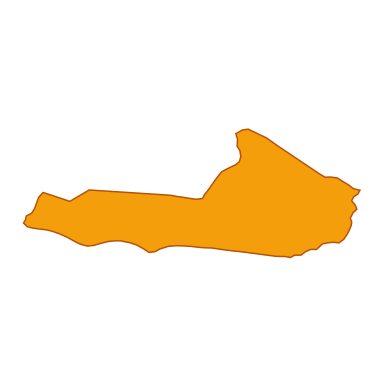 Pitimbu, Paraíba, Brazil, rotated 91°
{"feature_id": "56859067B97303044922384", "entity_name": "Pitimbu", "entity_type": "district", "adm_level": 2, "iso_a3": "BRA", "parent_name": "Brazil", "parent_adm1": "Paraíba", "projection": "equal_earth", "projection_center": [-34.838, -7.446], "detail": "fine", "context": "isolated", "style": "filled", "palette": "amber", "viewbox_px": 384, "rotation_deg": 91, "n_neighbors": 0, "source": "geoboundaries", "source_scale": "gbopen_adm2", "svg_char_len": 1435}
<svg xmlns="http://www.w3.org/2000/svg" viewBox="0 0 384 384"><g transform="rotate(91 192 192)"><path d="M194.3,179.4L198.3,181.3L199.2,187.5L198.3,195.1L197.5,200.4L196.7,207.2L195.7,212.9L195.4,218.3L192.7,275.1L191.8,294.9L203.5,314.0L197.2,334.0L195.1,340.9L200.0,345.2L211.8,349.3L216.1,352.0L218.9,357.3L222.5,357.9L226.0,359.9L229.6,356.0L230.9,350.5L231.8,342.7L232.4,336.7L233.7,331.1L236.1,323.8L239.2,316.5L243.3,308.7L246.0,303.1L247.9,295.7L247.1,289.1L244.9,282.3L242.8,274.2L242.2,268.4L242.1,262.6L243.8,253.2L246.0,246.3L249.1,240.4L253.2,233.8L252.2,227.6L249.6,223.3L246.8,214.9L246.0,207.2L246.0,199.8L246.5,191.3L247.3,182.9L247.6,177.7L247.6,171.8L248.3,166.0L249.1,160.0L250.2,149.9L250.8,142.7L251.3,137.9L251.9,132.8L252.5,127.0L253.2,121.6L253.8,116.1L254.9,106.3L254.9,97.3L255.8,92.5L253.4,88.3L253.2,81.9L249.8,77.6L247.3,72.3L247.3,66.5L241.5,60.5L240.4,54.9L239.8,49.9L240.3,44.1L236.7,39.5L231.8,36.2L226.8,33.8L222.6,32.2L219.1,31.8L215.4,33.3L209.8,30.5L206.4,26.9L202.1,28.6L198.1,32.2L194.2,30.4L191.0,26.0L187.3,24.1L185.8,30.7L182.1,35.7L178.7,41.6L175.5,46.8L174.6,53.7L174.9,59.2L171.6,65.0L144.8,106.5L136.7,118.4L128.2,136.9L129.1,142.7L132.9,149.2L138.5,147.4L145.5,147.7L149.6,144.9L155.7,143.8L160.9,145.2L163.9,148.7L166.2,153.3L168.6,158.0L171.2,162.6L175.2,165.8L179.1,168.6L183.7,171.8L188.1,174.7L191.2,176.9L194.3,179.4Z" fill="#f59e0b" stroke="#b45309" stroke-width="1.5"/></g></svg>